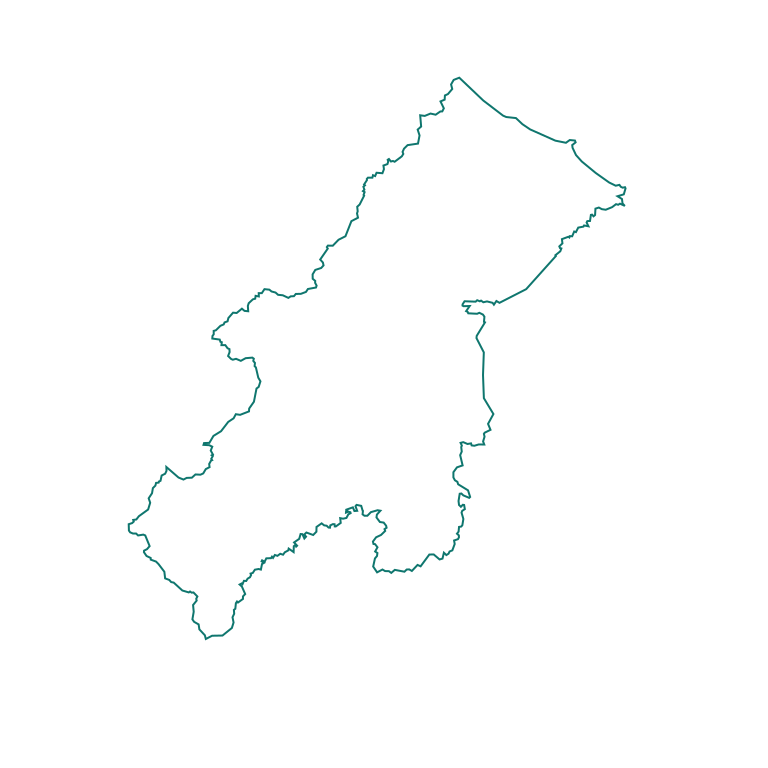 the district of Hua Hin, Prachuap Khiri Khan, Thailand, rotated 312°
{"feature_id": "78962969B56213444646576", "entity_name": "Hua Hin", "entity_type": "district", "adm_level": 2, "iso_a3": "THA", "parent_name": "Thailand", "parent_adm1": "Prachuap Khiri Khan", "projection": "mercator", "projection_center": [99.679, 12.495], "detail": "fine", "context": "isolated", "style": "outline", "palette": "teal", "viewbox_px": 768, "rotation_deg": 312, "n_neighbors": 0, "source": "geoboundaries", "source_scale": "gbopen_adm2", "svg_char_len": 6128}
<svg xmlns="http://www.w3.org/2000/svg" viewBox="0 0 768 768"><g transform="rotate(312 384 384)"><path d="M449.3,249.7L447.5,249.9L447.0,251.6L433.8,253.3L433.4,257.3L431.7,259.7L428.2,259.7L422.8,256.6L417.7,257.6L414.5,260.6L414.6,263.9L413.1,265.1L412.0,268.1L410.2,268.9L403.7,263.9L400.2,264.4L395.4,261.9L391.9,258.2L389.0,258.3L386.7,256.0L384.0,255.3L382.2,249.4L379.4,245.6L379.4,242.2L377.5,238.5L377.4,235.7L374.5,231.7L369.8,232.4L367.7,230.1L365.3,232.4L363.6,229.6L361.2,231.2L359.2,229.9L353.5,229.4L350.9,230.6L347.2,234.4L345.0,231.4L344.9,228.0L338.2,227.0L336.0,224.1L328.9,224.2L325.9,225.8L323.1,224.3L321.0,225.0L317.8,223.5L311.4,223.1L309.5,221.9L307.0,224.2L304.9,224.4L302.9,226.0L307.1,232.2L305.9,234.2L306.5,235.5L304.1,237.2L306.7,240.1L305.9,243.8L306.5,245.8L304.4,247.9L300.5,249.4L300.3,253.7L300.9,255.4L303.7,257.2L305.4,262.1L310.6,263.9L315.5,268.5L315.7,270.3L313.7,271.4L313.3,274.0L310.7,275.9L310.6,277.7L304.6,286.3L303.3,290.4L298.0,292.8L295.3,292.3L283.8,299.2L275.6,300.2L273.3,302.0L264.8,297.7L262.4,294.1L257.9,295.2L251.6,293.6L239.9,294.5L231.3,292.0L223.4,293.6L219.7,289.8L218.0,290.6L221.6,295.1L222.5,298.3L218.6,299.8L217.1,304.1L215.8,303.7L215.9,305.0L212.8,305.7L212.4,307.2L211.5,306.7L207.6,307.6L205.5,310.0L201.5,308.5L196.6,309.5L193.8,308.3L190.6,304.4L185.8,303.9L182.2,300.2L178.8,298.9L177.0,293.9L176.7,277.8L173.9,280.5L170.9,281.4L167.2,280.0L162.5,282.7L161.0,282.0L159.9,282.5L158.0,280.8L155.5,282.1L152.0,281.9L147.6,284.7L141.6,285.6L139.3,289.7L132.9,292.7L121.7,290.3L117.6,290.6L115.2,288.6L114.3,290.1L112.1,289.9L109.0,288.1L104.4,292.5L103.9,294.6L104.9,297.5L107.0,299.8L106.9,302.6L111.0,305.9L111.7,307.9L106.7,318.3L102.7,318.4L99.6,317.2L98.4,318.1L97.3,322.6L98.6,327.0L97.4,328.2L99.5,333.4L99.3,336.9L97.5,346.4L93.1,351.4L94.7,355.5L94.4,358.4L95.7,360.6L95.6,372.3L98.5,378.4L100.0,378.7L100.2,380.6L101.6,381.9L101.2,387.5L98.7,388.2L97.7,389.7L92.0,390.0L87.4,395.0L80.9,399.1L80.2,402.0L81.3,407.1L78.1,411.0L77.4,419.0L75.3,422.2L81.9,424.7L89.0,432.3L100.9,434.2L106.1,431.8L109.3,427.5L113.0,426.4L115.7,423.6L117.5,423.9L122.0,420.6L124.0,420.3L123.9,421.7L129.9,423.0L131.8,421.3L135.0,421.4L138.4,413.9L138.4,410.9L140.6,411.7L140.6,412.8L144.0,411.6L145.4,413.4L148.1,412.9L150.7,413.7L153.0,413.1L153.8,411.7L155.8,412.9L159.6,412.3L162.6,414.6L163.7,416.7L168.6,413.8L170.8,414.5L170.3,411.7L171.4,411.4L172.1,414.2L175.7,413.2L179.0,416.6L180.7,416.3L180.5,417.9L183.9,417.3L185.0,419.8L188.4,420.5L189.6,423.2L192.6,422.9L196.3,424.2L197.9,423.3L198.6,429.3L203.1,425.5L205.1,425.8L204.4,427.5L205.7,427.6L206.1,423.2L212.2,424.6L216.7,422.4L217.8,423.8L215.9,428.2L218.4,428.2L218.8,425.5L221.7,425.7L224.4,432.4L229.0,432.6L232.6,429.5L238.7,430.9L238.9,434.1L240.3,436.2L240.2,438.8L241.1,440.0L243.0,438.7L245.7,439.8L246.7,441.1L245.2,442.7L245.9,443.5L251.8,444.8L255.0,441.2L256.5,443.7L259.3,445.7L263.3,444.7L265.7,445.6L266.2,444.8L265.1,442.8L263.0,441.8L264.3,440.8L265.4,441.2L265.6,440.2L271.5,443.4L269.8,447.0L271.8,448.9L274.1,444.6L275.8,444.5L278.2,448.6L275.5,453.0L276.1,452.9L272.8,455.3L273.0,457.6L275.0,459.8L280.0,460.0L285.9,463.7L287.4,466.1L282.2,466.1L279.8,467.7L278.7,473.3L280.8,476.5L280.1,480.4L278.9,482.1L276.5,481.5L275.6,483.2L269.8,482.8L264.8,480.7L259.5,481.2L258.1,483.2L259.0,484.5L258.3,488.4L253.6,489.5L254.0,492.2L251.5,493.9L248.3,494.0L241.1,498.1L239.4,504.9L245.1,507.0L245.7,510.0L248.2,512.9L248.5,515.8L253.1,516.4L258.2,524.8L261.3,525.0L263.1,526.8L263.7,529.8L272.0,530.0L273.0,533.2L287.6,531.8L290.6,535.0L290.8,542.7L293.4,544.3L298.7,541.4L298.6,544.8L301.1,545.5L303.4,544.8L306.1,546.1L312.4,543.6L314.6,540.8L318.2,542.8L320.2,542.3L321.6,540.9L321.6,538.4L324.2,538.2L328.0,535.4L329.8,536.8L331.5,536.7L336.8,533.3L340.3,527.7L342.1,527.0L345.1,527.8L347.7,524.5L347.0,523.4L344.2,523.3L344.3,520.7L346.9,517.7L353.1,513.7L354.4,514.8L354.3,517.4L356.4,523.5L357.7,523.6L361.2,517.6L359.1,506.2L360.4,504.0L359.9,501.1L361.0,498.1L364.9,494.6L370.9,494.0L376.1,496.9L382.1,488.2L385.8,487.0L388.8,483.6L390.3,483.1L391.5,480.3L393.8,481.8L395.3,486.2L398.1,488.4L397.0,490.2L398.6,492.5L402.4,494.8L406.1,499.0L407.6,496.1L412.1,494.0L413.8,491.6L415.2,491.4L421.2,493.8L424.0,488.0L434.9,485.4L440.3,467.7L456.9,451.6L474.3,437.0L480.0,422.0L481.8,420.7L497.4,417.8L497.1,416.7L501.2,413.6L501.8,411.1L500.7,407.2L498.5,406.2L492.9,399.3L493.6,397.9L493.1,396.3L499.3,395.5L495.1,391.1L494.8,389.9L495.8,389.1L499.4,388.5L506.5,397.0L508.6,397.2L509.6,399.9L510.9,400.3L511.2,403.1L514.3,405.3L517.0,410.4L516.5,412.6L520.9,412.0L521.6,415.5L549.6,426.2L594.1,426.1L594.4,425.2L600.6,426.2L603.4,425.1L602.8,423.8L603.6,422.2L607.9,422.5L610.7,419.3L616.8,422.5L616.9,423.7L618.3,423.2L619.7,425.0L624.6,423.3L625.3,425.0L630.2,423.7L634.4,426.9L635.7,426.6L638.0,430.4L639.6,426.5L641.1,426.1L643.0,428.0L648.1,424.6L649.1,425.3L648.8,427.5L650.8,427.8L655.8,423.8L658.9,425.6L659.7,428.9L661.9,432.2L668.1,435.2L672.9,436.1L673.9,438.1L675.9,438.7L677.5,443.8L677.8,440.4L680.7,437.1L679.8,431.9L685.4,435.3L691.0,432.6L691.5,431.4L689.6,430.0L689.0,428.0L689.5,425.7L686.4,423.5L684.4,416.5L682.5,400.1L681.7,382.1L682.6,373.5L685.7,366.1L687.5,364.0L691.8,364.7L692.7,363.0L689.6,358.8L685.0,357.8L679.5,348.5L671.0,322.3L669.7,313.0L669.9,304.1L664.2,296.2L663.1,292.9L661.1,268.1L662.0,235.0L656.6,232.3L651.5,233.4L648.9,237.3L642.2,237.5L639.2,236.2L635.9,238.8L631.8,236.9L628.9,244.0L625.6,244.9L624.2,243.5L618.7,242.2L616.1,237.6L610.5,234.9L607.9,231.1L600.2,239.3L595.6,238.8L592.5,244.1L585.4,248.4L577.3,241.7L572.3,241.4L568.9,242.5L567.9,244.4L565.1,244.9L556.3,243.2L555.7,241.4L554.0,240.3L554.5,237.1L553.1,236.7L552.0,238.4L549.7,239.4L546.0,237.4L543.6,240.2L539.6,241.8L536.0,237.1L532.6,238.3L531.8,236.1L529.6,237.3L526.6,234.0L524.9,234.0L524.1,234.9L518.9,235.7L518.9,236.9L516.8,236.7L515.3,239.4L513.3,239.3L513.6,241.2L510.8,242.3L510.7,243.2L501.1,245.8L497.8,245.5L494.7,248.9L492.7,249.8L490.2,253.4L483.2,250.8L468.0,256.5L460.8,253.7L452.5,253.4L449.3,249.7Z" fill="none" stroke="#0f766e" stroke-width="2"/></g></svg>